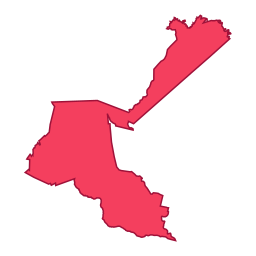 outline of Marín, Nuevo León, Mexico
{"feature_id": "50627088B14710465846711", "entity_name": "Marín", "entity_type": "district", "adm_level": 2, "iso_a3": "MEX", "parent_name": "Mexico", "parent_adm1": "Nuevo León", "projection": "natural_earth1", "projection_center": [-99.927, 25.886], "detail": "fine", "context": "isolated", "style": "filled", "palette": "rose", "viewbox_px": 256, "rotation_deg": 0, "n_neighbors": 0, "source": "geoboundaries", "source_scale": "gbopen_adm2", "svg_char_len": 5794}
<svg xmlns="http://www.w3.org/2000/svg" viewBox="0 0 256 256"><path d="M175.6,240.6L174.9,238.9L174.5,238.4L173.6,237.7L171.4,236.6L171.1,236.0L170.8,234.1L170.7,233.7L170.5,233.3L169.8,233.3L168.2,233.8L167.5,233.8L167.4,233.5L167.6,232.0L167.5,230.8L166.4,229.6L165.6,229.1L164.7,229.0L163.9,228.5L163.5,228.0L163.3,227.5L163.3,226.8L163.6,226.0L163.8,224.1L164.4,222.6L164.7,221.4L164.3,221.1L163.7,221.1L163.3,221.3L162.8,221.1L162.4,220.9L162.0,220.5L161.5,219.1L161.6,218.7L161.5,217.0L161.8,216.4L162.0,216.3L162.4,216.4L163.7,216.8L165.4,216.7L166.6,216.1L167.5,215.2L168.1,214.1L168.4,212.4L168.4,211.5L167.6,211.3L168.5,207.8L167.4,207.7L166.4,207.3L160.3,206.1L162.8,195.6L159.7,194.3L158.3,193.4L156.6,193.1L153.3,192.8L152.1,194.1L150.7,193.9L149.1,191.2L148.4,190.3L148.3,190.0L147.0,188.0L145.4,186.2L144.9,185.1L144.5,182.6L143.4,181.4L141.6,181.1L141.3,178.7L142.2,178.5L142.2,178.2L139.8,176.0L139.6,176.0L138.7,176.3L136.4,176.0L134.7,174.2L131.6,171.6L130.1,171.8L126.4,171.3L121.4,170.6L119.1,169.9L116.7,167.0L114.2,156.7L111.5,142.2L110.1,126.8L110.0,123.8L108.4,123.8L107.6,115.4L107.3,113.6L107.8,115.0L108.6,116.5L108.8,117.4L109.5,118.0L109.8,119.5L110.5,120.7L111.6,121.9L112.3,122.2L112.8,122.8L115.2,124.0L115.6,124.7L115.7,125.2L115.7,125.9L133.1,130.1L133.1,129.1L132.8,128.6L131.0,127.7L130.3,127.9L129.6,127.9L128.6,126.6L128.0,125.1L127.6,124.0L127.8,123.4L128.5,122.1L128.5,121.4L133.6,123.7L192.0,72.2L210.1,56.4L229.7,38.8L228.9,38.5L228.7,38.3L228.7,37.9L229.3,36.9L229.2,36.5L228.9,36.5L228.2,36.8L227.5,36.9L227.3,36.8L227.3,36.3L227.7,35.2L228.0,34.8L228.8,34.1L229.3,33.9L230.0,34.1L230.8,33.7L230.7,33.4L230.1,32.7L229.5,32.4L229.1,32.6L227.9,33.8L227.7,33.8L227.6,33.3L227.7,32.3L227.8,32.0L228.3,31.7L228.6,31.2L228.8,30.4L228.8,30.0L228.6,29.8L228.0,29.8L226.2,31.2L225.4,31.4L224.9,31.4L224.0,30.7L223.9,30.4L224.1,30.0L225.3,29.7L225.8,29.3L225.8,29.2L225.6,28.9L225.2,28.7L224.2,29.3L223.9,29.2L223.4,28.6L223.1,27.7L222.3,26.5L221.9,26.2L221.8,25.2L222.3,23.0L222.2,22.7L221.9,22.5L221.2,23.2L220.9,23.4L220.6,23.4L220.1,23.3L219.5,22.8L218.9,22.6L218.6,22.4L219.0,21.8L219.9,22.1L220.4,21.9L220.6,21.2L220.5,20.8L220.2,20.5L219.9,20.3L218.7,20.3L217.7,20.9L217.5,20.4L216.6,20.2L214.6,20.7L212.4,20.7L211.4,20.5L207.3,21.7L203.4,22.9L205.5,19.9L207.2,20.0L206.9,18.7L205.0,18.1L203.9,17.9L201.9,18.1L201.8,18.8L200.9,18.9L201.6,16.2L200.3,15.4L198.2,17.7L197.0,17.2L196.9,18.2L196.2,18.5L196.4,19.4L194.2,23.5L193.1,22.8L193.1,24.2L192.1,24.7L192.3,25.8L191.7,26.5L191.4,26.3L190.7,26.7L190.9,27.2L190.5,27.6L189.7,27.5L189.6,28.0L187.3,27.8L187.4,26.6L187.1,26.0L186.0,25.9L186.1,24.7L185.4,23.9L184.5,24.1L183.4,22.7L185.3,21.1L184.9,20.2L182.9,20.8L182.7,22.4L182.4,23.0L181.2,21.8L180.1,21.6L179.5,20.4L178.9,21.0L178.1,20.7L177.6,19.0L177.1,18.7L176.2,19.7L175.7,19.6L175.3,17.9L174.3,17.5L174.1,18.9L173.7,19.7L173.9,20.2L173.1,20.0L171.6,22.2L171.1,21.6L170.2,21.5L170.9,22.9L169.8,23.6L169.5,26.6L167.3,27.2L167.4,28.2L166.8,28.7L168.2,29.2L169.7,28.4L171.0,28.8L171.3,29.6L172.7,29.9L175.3,29.7L176.0,32.8L175.5,34.4L176.6,37.7L176.9,39.8L170.5,46.2L167.5,49.5L166.3,55.3L164.6,58.7L163.5,59.8L162.7,60.4L161.0,61.3L158.5,64.0L153.9,69.2L153.8,78.5L153.9,78.9L153.8,79.5L153.4,80.5L152.3,80.8L151.7,81.5L151.0,82.5L150.7,84.0L149.6,87.0L148.7,88.0L147.3,89.7L147.0,90.3L146.9,92.9L147.4,94.4L147.2,95.3L146.6,95.9L146.3,96.1L145.9,96.7L145.5,96.7L145.2,96.9L144.6,96.8L143.1,97.0L142.8,98.2L142.5,98.6L142.2,99.4L141.9,99.8L140.9,100.2L140.3,100.2L140.1,100.4L140.0,101.6L139.5,102.9L138.9,103.1L138.3,103.5L138.2,103.8L137.7,103.8L137.4,103.9L137.2,104.5L136.3,104.7L135.8,104.6L134.2,105.8L134.1,106.7L133.5,107.3L133.1,108.6L132.7,109.0L131.7,109.7L130.2,109.4L129.2,109.7L129.2,110.1L129.7,111.5L128.6,112.5L97.3,100.5L51.8,102.1L52.5,103.6L54.6,106.5L50.2,124.4L49.2,132.4L48.0,133.4L47.5,134.2L45.1,136.3L44.5,135.7L40.5,139.6L38.9,140.8L40.0,143.6L40.2,144.6L39.8,144.9L37.7,142.7L37.3,143.9L36.2,144.9L35.2,145.5L35.1,147.0L34.9,147.3L34.7,147.8L34.3,147.7L34.1,147.8L34.2,148.0L33.0,149.4L33.2,153.5L32.8,154.4L32.8,154.8L32.6,154.5L31.5,156.3L30.1,154.3L27.3,158.2L26.8,159.1L29.7,159.6L29.4,170.1L28.7,169.4L25.2,172.5L33.9,177.3L48.0,183.8L48.6,184.1L50.4,183.4L51.2,185.1L51.8,184.8L51.8,185.0L55.5,183.1L55.7,185.5L74.6,178.7L74.2,180.3L74.7,182.2L74.7,183.1L74.5,184.2L74.6,184.6L75.2,185.4L75.7,186.6L76.6,187.6L77.5,188.3L79.1,189.3L79.1,189.6L78.9,189.9L79.3,190.3L79.9,191.6L80.1,192.6L80.6,192.9L81.4,193.9L82.5,194.4L83.3,195.4L84.2,195.8L85.2,195.4L85.3,195.5L85.1,195.7L85.6,195.9L87.6,196.1L87.8,196.3L87.7,196.8L88.2,197.2L88.7,197.1L90.2,197.4L90.5,197.3L90.8,197.1L91.1,197.1L91.6,197.7L92.0,197.9L92.1,198.2L92.8,198.3L93.7,199.0L94.4,199.0L95.4,198.7L96.9,197.8L98.0,198.0L99.0,197.9L100.3,198.5L101.0,199.6L101.2,200.3L101.1,202.8L100.6,204.7L100.6,205.6L101.1,207.1L102.4,208.2L102.8,209.1L102.8,209.6L103.3,210.7L103.4,211.3L103.2,211.7L103.2,212.6L103.5,213.2L103.1,214.4L103.0,217.1L102.7,218.0L102.4,218.3L102.5,218.7L102.7,219.1L103.8,219.7L104.0,220.3L104.3,220.7L104.6,221.6L104.9,222.1L107.4,224.6L107.9,225.6L109.7,226.7L110.7,226.6L110.8,226.6L110.9,226.8L111.5,227.0L112.8,226.8L113.7,227.1L116.2,226.7L118.2,226.2L119.9,226.3L121.8,227.5L122.8,227.9L124.3,229.1L125.2,229.5L125.7,230.3L127.7,231.2L128.4,231.1L129.3,231.3L130.1,231.3L131.0,232.0L133.6,232.5L135.5,234.0L136.0,234.8L136.4,235.1L137.0,235.9L138.4,236.2L138.8,236.4L139.6,236.5L141.2,237.2L142.7,237.1L144.3,236.6L144.9,236.4L145.4,235.4L146.4,235.2L147.6,235.5L148.0,235.7L148.7,235.6L150.4,234.9L152.2,234.9L154.1,235.4L156.9,235.3L157.9,235.5L159.4,236.0L160.2,236.7L162.1,236.4L163.4,236.6L164.4,236.7L165.4,236.8L166.4,237.3L167.7,238.5L170.7,239.4L175.6,240.6Z" fill="#f43f5e" stroke="#9f1239" stroke-width="1.5"/></svg>